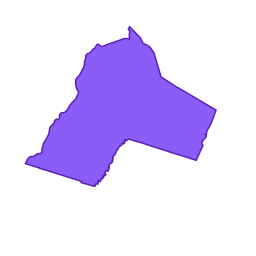 Otaņķu pag., Nicas, Latvia (Natural Earth projection), rotated 123°
{"feature_id": "27541924B2147324015224", "entity_name": "Otaņķu pag.", "entity_type": "district", "adm_level": 2, "iso_a3": "LVA", "parent_name": "Latvia", "parent_adm1": "Nicas", "projection": "natural_earth1", "projection_center": [21.142, 56.421], "detail": "fine", "context": "isolated", "style": "filled", "palette": "violet", "viewbox_px": 256, "rotation_deg": 123, "n_neighbors": 0, "source": "geoboundaries", "source_scale": "gbopen_adm2", "svg_char_len": 5443}
<svg xmlns="http://www.w3.org/2000/svg" viewBox="0 0 256 256"><g transform="rotate(123 128 128)"><path d="M165.0,192.8L168.2,193.6L169.0,193.7L170.3,193.7L173.3,192.4L174.8,191.7L176.1,191.2L177.1,191.0L180.0,190.8L183.4,190.5L186.7,190.5L187.7,190.2L189.0,189.7L190.6,189.2L192.8,188.5L193.6,188.2L194.1,187.7L194.6,187.3L195.0,187.1L195.6,187.0L196.4,187.1L197.4,188.1L198.3,189.0L199.1,190.1L199.4,190.2L200.2,190.4L201.2,190.8L203.9,192.3L204.4,193.1L204.6,193.4L204.7,193.6L205.0,194.1L205.5,194.5L205.9,194.8L206.4,195.0L207.1,195.1L208.4,195.0L208.7,195.1L209.0,195.3L209.4,195.3L210.2,195.1L213.7,194.6L211.0,184.8L209.8,180.6L210.0,180.5L208.8,176.1L208.6,175.7L207.6,172.2L204.5,161.1L199.6,143.3L198.0,137.7L199.3,137.5L197.3,131.2L195.4,124.9L195.1,124.2L194.5,124.2L194.3,124.2L194.2,124.1L193.9,124.3L193.6,124.4L193.0,124.3L192.6,124.3L192.4,124.5L192.3,124.4L192.3,124.2L192.1,124.0L191.9,124.0L191.8,123.3L191.8,123.0L191.7,122.8L191.2,122.9L190.8,122.9L190.5,123.0L190.0,123.5L189.4,123.6L189.4,123.8L189.5,124.3L189.4,124.5L188.8,124.5L188.2,124.2L188.0,123.5L187.9,123.0L188.0,122.9L187.9,122.4L188.1,122.3L188.1,122.2L187.6,122.1L186.5,122.5L186.1,122.4L185.8,122.3L185.4,122.3L185.2,122.1L184.9,122.1L184.7,122.2L184.7,122.3L184.4,122.3L184.2,122.3L183.9,122.5L183.6,122.5L183.3,122.5L183.3,122.3L183.6,121.8L183.3,121.6L183.1,121.7L182.1,122.0L182.0,122.3L181.7,122.3L181.6,122.2L181.5,121.9L181.3,121.9L180.5,122.2L180.5,122.4L180.6,122.6L180.4,122.6L179.6,121.8L179.5,121.7L180.0,121.3L179.8,121.2L179.5,121.2L179.2,121.2L178.8,121.7L178.7,122.6L178.4,122.8L178.3,123.0L178.1,123.1L177.3,123.2L176.8,123.3L175.8,123.2L175.5,123.0L175.4,122.7L175.5,122.5L175.5,122.4L175.3,122.3L175.0,122.5L174.9,122.4L175.0,122.2L175.1,121.8L175.4,121.6L175.3,121.4L175.2,121.3L174.8,121.3L174.6,121.4L174.2,121.8L173.8,121.8L173.0,121.7L172.7,121.9L172.5,122.1L172.3,121.8L172.2,121.8L171.9,122.0L171.9,122.3L172.1,122.4L172.2,122.5L172.2,122.8L172.1,123.0L171.9,123.1L171.0,122.6L170.8,122.6L170.7,122.7L170.4,123.2L170.1,123.2L169.9,123.1L169.7,123.4L169.4,123.4L169.2,123.4L169.1,123.5L168.9,123.6L168.2,123.5L167.9,123.5L167.4,123.3L166.8,123.2L166.3,123.0L166.2,122.9L166.2,122.7L165.6,122.8L165.4,122.7L165.1,122.6L164.8,122.7L164.3,122.8L164.1,122.9L164.1,123.2L164.0,123.4L163.7,123.5L163.6,123.3L163.3,123.3L163.2,123.4L163.2,123.6L162.7,123.9L162.2,124.0L162.1,123.7L161.9,123.7L161.8,123.8L161.8,124.1L161.5,124.5L160.8,124.9L160.5,124.9L160.3,125.1L160.0,125.4L159.3,125.1L158.8,124.6L158.5,124.6L158.2,124.7L157.5,124.5L157.3,124.5L156.2,124.5L155.4,124.7L155.2,124.7L154.9,124.9L154.9,125.0L154.6,125.3L153.5,125.2L153.2,125.3L152.5,125.0L151.6,124.9L150.8,125.1L149.6,125.1L147.6,125.2L147.4,125.1L147.4,124.8L147.1,124.5L147.0,124.4L146.8,124.3L146.4,124.2L146.2,124.2L145.7,124.1L144.9,124.1L144.7,124.4L144.5,124.5L144.0,123.4L142.5,123.5L142.6,123.8L142.6,124.0L142.4,124.2L142.2,123.9L142.0,123.1L142.7,122.9L142.4,122.8L141.6,123.1L141.2,123.4L140.8,123.6L140.7,123.6L140.4,123.3L140.1,123.4L140.1,123.6L140.4,123.7L140.4,123.8L140.3,124.2L140.2,124.4L139.9,124.4L139.5,124.1L139.4,123.9L139.4,123.6L139.5,123.5L139.2,123.2L139.4,122.9L139.4,122.6L139.2,122.3L138.8,122.2L138.5,122.0L137.0,121.6L136.7,120.7L134.1,111.9L133.9,111.3L132.9,108.0L132.0,104.7L130.5,98.8L126.0,82.5L125.2,79.2L120.6,63.0L119.8,60.2L119.7,60.3L119.6,59.8L119.5,58.9L118.9,56.6L117.9,53.2L103.6,55.4L102.1,55.4L100.9,57.0L99.7,58.5L99.4,58.4L97.9,58.2L92.8,57.7L92.7,57.7L91.6,58.8L91.4,58.9L91.4,59.1L91.1,58.6L90.4,58.8L90.5,59.1L89.5,59.5L87.0,60.2L78.1,60.9L74.0,61.9L65.0,63.9L66.9,107.4L67.2,108.8L67.1,128.1L53.1,144.6L50.8,147.2L50.2,148.6L48.3,153.5L48.2,154.0L48.2,154.4L48.2,156.3L48.2,157.6L48.5,159.7L48.9,161.4L45.5,167.1L44.9,169.8L44.1,173.4L43.7,175.1L42.9,178.5L42.7,179.5L42.5,180.6L42.3,181.1L42.3,181.6L42.3,181.9L42.5,182.0L43.1,181.7L43.4,181.7L44.0,181.8L44.6,181.8L44.9,181.3L45.7,179.7L45.9,179.2L46.4,178.7L46.7,178.6L47.9,178.4L48.8,178.0L50.1,177.0L50.3,176.9L50.3,176.6L50.9,176.4L52.0,175.4L52.5,175.3L53.5,177.5L54.2,178.7L54.9,179.6L55.6,180.3L56.3,180.9L56.6,181.1L69.8,191.2L72.9,193.4L73.9,194.7L74.2,195.2L74.3,195.8L74.2,196.4L73.9,197.6L73.9,198.1L74.0,198.5L74.2,198.9L75.0,199.4L75.4,199.5L76.3,199.5L78.2,199.3L78.9,199.4L79.8,199.7L80.4,200.0L81.0,200.2L81.5,200.4L82.7,200.5L83.4,200.4L85.2,200.8L86.1,201.2L86.4,201.4L86.7,201.7L87.8,202.5L88.8,202.8L90.0,202.8L90.6,202.7L92.7,201.4L93.6,201.1L94.3,201.1L95.3,200.9L96.0,200.6L97.3,199.9L98.1,199.3L101.3,198.3L102.3,198.1L104.5,197.9L107.8,197.5L108.9,197.5L110.5,197.5L112.0,197.8L112.6,197.9L113.2,198.1L113.7,198.2L115.5,198.1L116.1,198.0L116.6,197.7L119.0,196.3L120.0,195.6L121.1,194.6L121.4,194.3L121.6,193.8L122.6,193.0L122.9,192.7L122.8,192.4L123.6,191.5L123.8,191.0L124.0,190.6L124.4,189.7L124.7,189.2L125.2,188.9L126.2,188.5L126.7,188.4L127.1,188.4L127.7,188.2L129.0,188.3L130.1,188.0L131.1,187.8L131.6,187.7L132.5,187.7L137.0,188.7L137.8,188.8L140.1,189.1L140.5,189.1L142.5,188.9L144.4,188.9L145.8,188.8L148.9,189.4L149.6,189.8L150.3,190.5L151.0,191.5L151.4,192.0L151.7,192.2L152.1,192.4L152.5,192.5L153.2,192.6L153.9,192.6L154.2,192.5L154.8,192.3L155.6,191.7L156.3,191.3L158.1,190.8L158.7,190.9L159.0,191.0L159.3,191.5L159.3,191.8L159.2,192.1L159.3,192.6L159.5,192.8L160.2,193.2L161.1,193.4L161.6,193.5L162.1,193.4L162.9,193.1L163.9,192.7L164.4,192.7L165.0,192.8Z" fill="#8b5cf6" stroke="#5b21b6" stroke-width="1.5"/></g></svg>